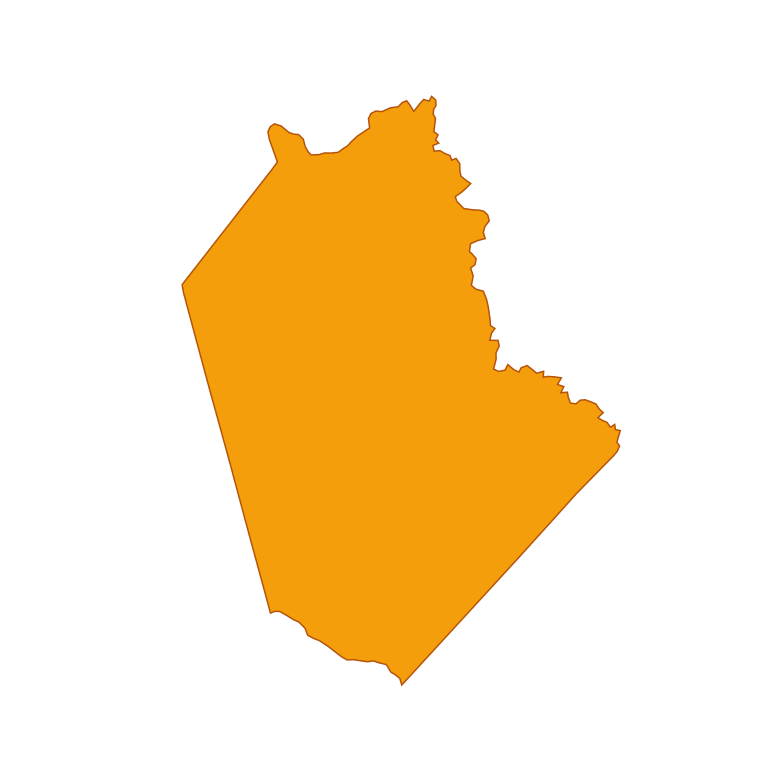 the district of Presidente Sarney, Maranhão, Brazil, rotated 156°
{"feature_id": "56859067B79345146659872", "entity_name": "Presidente Sarney", "entity_type": "district", "adm_level": 2, "iso_a3": "BRA", "parent_name": "Brazil", "parent_adm1": "Maranhão", "projection": "mercator", "projection_center": [-45.415, -2.592], "detail": "fine", "context": "isolated", "style": "filled", "palette": "amber", "viewbox_px": 768, "rotation_deg": 156, "n_neighbors": 0, "source": "geoboundaries", "source_scale": "gbopen_adm2", "svg_char_len": 2247}
<svg xmlns="http://www.w3.org/2000/svg" viewBox="0 0 768 768"><g transform="rotate(156 384 384)"><path d="M398.3,626.0L528.0,556.9L529.9,549.5L536.2,509.7L546.4,444.5L547.8,434.8L557.9,367.9L558.9,362.0L569.2,296.5L575.1,258.1L578.3,237.4L580.9,220.9L576.1,220.7L571.9,218.7L568.0,213.6L562.5,205.5L558.6,201.2L555.5,193.1L555.9,185.5L551.7,180.1L547.6,176.1L542.1,167.6L533.8,152.2L529.9,146.9L524.2,144.7L512.1,137.0L506.3,135.3L502.3,131.6L495.9,126.7L495.0,118.1L492.0,113.9L489.3,108.7L490.2,101.8L334.6,169.3L281.2,192.9L253.3,205.4L203.5,225.1L198.5,227.5L194.0,231.5L194.9,236.2L191.0,240.8L187.1,245.3L191.1,248.2L189.7,253.2L194.7,252.4L195.9,258.3L199.6,262.3L202.3,266.2L195.4,268.7L197.6,273.8L198.5,279.5L202.9,284.2L206.7,287.8L211.4,289.4L216.6,287.8L221.5,290.8L221.0,297.4L219.8,301.9L226.0,304.1L220.8,308.5L225.7,313.0L219.5,317.5L225.7,321.4L231.3,324.3L235.7,325.5L233.0,330.7L240.2,331.7L242.4,336.4L245.8,342.7L252.2,343.0L255.8,340.0L259.6,344.4L263.0,351.4L267.7,347.4L274.2,348.9L277.8,353.1L271.5,361.0L269.0,366.9L263.3,371.8L262.1,377.5L269.6,380.9L265.2,386.6L260.1,389.6L263.0,394.0L260.8,400.0L259.4,405.0L257.4,412.1L255.9,419.5L255.5,428.4L261.3,433.0L264.1,438.5L258.6,446.4L257.7,454.7L252.3,456.0L248.9,460.9L250.3,466.0L252.0,470.4L247.8,477.0L239.9,476.9L232.4,475.7L231.6,482.1L227.7,486.9L221.5,490.2L220.5,496.3L222.5,501.2L226.1,504.0L232.1,507.0L239.8,511.9L243.2,521.3L242.7,526.1L234.3,527.9L229.4,529.5L223.3,531.8L226.7,537.7L229.1,542.4L228.2,547.3L225.2,554.5L226.4,560.8L231.1,560.9L230.8,565.8L234.3,569.4L238.0,574.4L243.4,576.3L242.4,582.0L236.0,581.8L237.6,586.0L233.3,589.7L235.8,594.3L232.6,599.5L228.9,605.7L229.3,610.6L226.9,614.8L223.2,617.2L221.3,622.4L223.5,627.4L227.7,624.1L232.1,627.8L237.3,625.5L245.9,620.9L247.0,629.0L248.1,633.5L252.7,633.7L258.3,631.5L265.7,633.7L275.1,633.7L280.6,636.7L285.9,636.4L290.3,632.7L293.0,623.8L298.0,622.9L307.0,621.4L314.7,618.9L320.0,616.5L324.7,615.8L331.6,614.3L338.5,616.5L344.2,619.2L349.8,619.9L357.5,622.9L358.9,627.4L359.4,632.5L358.2,640.6L360.5,646.5L364.9,649.0L368.5,652.4L370.5,656.4L373.0,661.5L378.2,666.2L383.3,665.3L387.5,661.5L389.2,654.4L391.1,630.2L398.3,626.0Z" fill="#f59e0b" stroke="#b45309" stroke-width="1.5"/></g></svg>